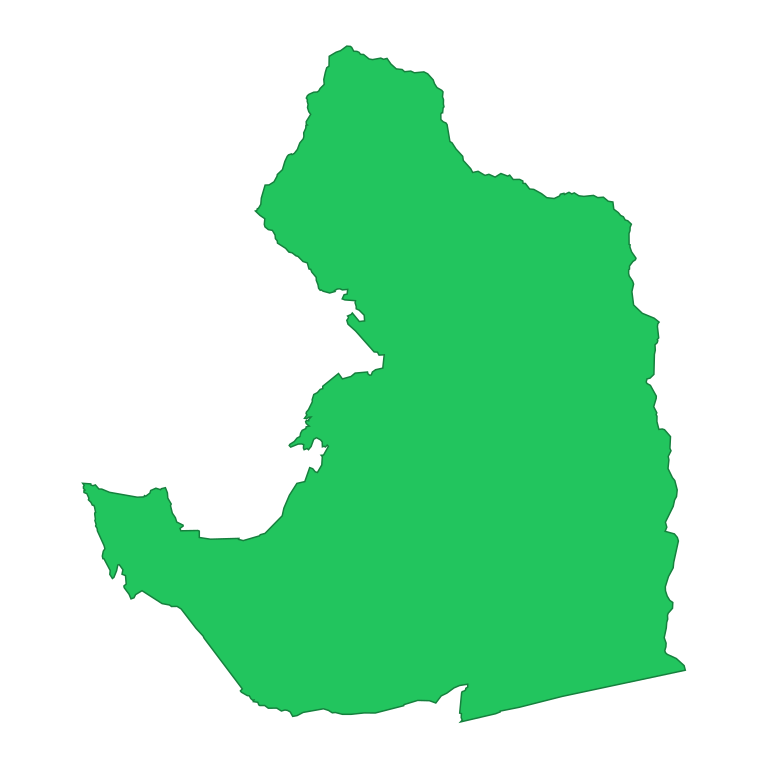 outline of Scortoasa, Buzau, Romania
{"feature_id": "2599482B46829986132598", "entity_name": "Scortoasa", "entity_type": "district", "adm_level": 2, "iso_a3": "ROU", "parent_name": "Romania", "parent_adm1": "Buzau", "projection": "orthographic", "projection_center": [26.658, 45.394], "detail": "fine", "context": "isolated", "style": "filled", "palette": "green", "viewbox_px": 768, "rotation_deg": 0, "n_neighbors": 0, "source": "geoboundaries", "source_scale": "gbopen_adm2", "svg_char_len": 6060}
<svg xmlns="http://www.w3.org/2000/svg" viewBox="0 0 768 768"><path d="M684.1,665.6L676.3,658.5L667.3,654.4L665.4,652.6L664.8,650.5L665.9,646.9L666.1,643.1L664.2,637.7L666.3,627.9L666.7,622.4L667.7,619.2L667.5,615.3L668.2,613.2L672.5,608.3L672.8,602.5L669.8,600.4L667.2,596.1L665.5,590.9L665.3,586.8L668.5,576.5L673.2,567.8L673.7,562.4L678.4,541.0L677.3,537.4L674.4,533.9L665.1,531.3L666.8,527.2L665.4,522.2L673.2,506.4L674.6,500.0L676.5,496.6L677.2,489.9L674.8,480.6L672.4,477.6L668.0,468.5L668.9,459.9L668.2,456.5L671.0,450.8L669.9,448.3L670.5,436.6L664.5,429.7L662.3,429.0L658.9,429.4L656.9,421.5L657.0,416.2L656.1,414.6L656.8,412.8L653.7,406.7L656.2,398.4L656.3,396.1L650.4,385.4L647.0,383.5L646.2,382.0L647.0,378.9L650.1,378.1L653.9,374.4L654.4,354.4L655.3,350.2L655.0,344.8L657.2,342.7L657.8,340.7L657.2,339.6L658.7,337.9L657.4,326.5L657.8,323.8L659.1,322.1L654.2,318.2L642.3,313.3L633.6,305.0L631.9,291.6L633.6,284.1L632.6,281.1L629.2,276.0L628.6,273.3L628.7,269.8L629.5,269.1L629.5,266.0L632.9,261.5L635.4,259.8L636.0,258.2L631.6,251.9L629.9,247.0L630.1,244.8L629.1,244.4L629.0,233.5L630.0,230.6L630.1,227.3L631.4,224.2L627.7,220.7L625.2,220.0L623.4,216.8L620.6,215.4L618.3,212.6L613.8,209.2L612.9,202.0L608.2,201.2L603.4,197.2L597.7,197.6L593.5,195.4L583.9,196.4L578.9,195.8L574.3,192.9L571.7,193.9L569.0,192.3L564.4,194.5L564.0,193.3L560.4,194.2L559.5,196.0L554.2,198.5L546.8,197.7L541.6,193.7L533.8,189.4L529.6,189.0L525.4,183.5L523.0,183.3L522.8,181.0L519.6,179.4L513.2,179.5L509.7,175.1L507.7,176.1L500.9,173.5L495.1,177.1L488.9,174.3L485.0,175.4L478.1,171.3L472.7,172.5L470.7,168.7L463.3,160.5L462.7,156.3L456.0,149.0L452.1,142.9L449.9,141.5L447.1,124.7L446.0,123.0L443.2,121.8L440.9,119.6L440.8,114.1L441.7,112.7L442.6,112.8L443.1,108.0L444.0,106.8L443.4,104.1L443.5,99.6L442.5,96.9L443.0,91.9L441.7,90.3L437.0,87.6L434.5,83.7L433.2,79.9L427.7,73.8L423.9,71.9L414.4,72.8L410.8,71.1L404.6,71.7L402.1,69.5L396.3,68.9L390.8,63.9L387.0,58.4L383.6,59.3L380.8,58.1L372.6,59.6L369.1,59.0L363.6,54.5L360.5,54.3L359.0,52.3L357.0,51.4L353.7,51.2L351.7,47.4L350.4,46.4L346.8,46.1L340.5,50.7L336.1,52.2L329.2,56.3L329.0,66.1L326.7,67.8L325.4,72.1L323.8,79.4L324.2,84.4L320.1,88.5L318.8,90.9L317.3,92.0L313.7,92.2L309.0,94.3L307.4,95.7L306.3,98.1L307.4,99.6L307.2,101.3L308.1,104.4L307.5,107.6L308.8,111.7L310.7,114.3L306.2,121.6L306.3,124.3L307.3,125.0L305.9,125.5L305.8,128.1L303.7,132.8L303.9,136.3L303.3,138.7L299.8,143.0L297.4,149.4L294.3,153.4L292.0,154.6L291.4,153.9L288.5,154.9L287.2,156.4L284.9,161.3L282.4,169.7L277.3,174.5L277.0,176.3L274.0,181.8L269.1,184.9L265.1,185.1L261.3,198.1L260.8,204.3L258.3,208.6L257.4,208.6L256.8,210.5L255.4,211.0L260.0,215.4L264.8,218.7L264.3,224.4L265.0,226.9L268.3,229.6L272.4,230.4L275.1,235.1L275.4,238.7L277.2,240.7L277.5,243.1L285.6,248.3L288.9,252.1L292.1,252.8L295.9,255.8L298.0,256.4L303.0,261.5L307.3,262.9L309.0,269.0L310.7,269.3L311.8,272.1L316.2,277.4L316.3,280.4L318.0,284.7L318.6,288.3L320.2,290.3L321.2,289.9L323.1,291.2L329.7,293.0L335.0,291.5L334.4,290.7L337.3,289.0L340.0,288.8L342.3,289.9L347.7,289.4L347.1,294.1L344.1,294.7L342.2,298.9L344.9,299.9L355.5,300.7L355.1,302.8L356.2,306.3L356.2,308.8L359.2,310.2L364.2,315.2L364.6,320.9L359.3,321.5L352.3,313.0L351.1,314.5L347.6,316.0L348.4,316.9L348.3,318.2L346.8,320.3L348.0,324.2L355.5,330.9L374.1,351.9L377.5,352.2L379.0,355.1L384.2,354.8L382.8,368.1L375.6,369.7L372.4,372.0L371.3,374.9L369.7,375.3L367.9,373.8L367.5,372.0L355.1,373.1L351.0,376.5L342.4,378.9L338.5,373.5L322.7,386.3L322.8,388.6L320.2,389.4L317.4,392.6L313.8,394.5L312.2,399.6L312.3,401.8L308.5,409.6L306.4,412.1L306.1,413.7L307.0,414.9L304.5,418.3L306.8,418.6L308.5,417.2L311.0,417.0L308.8,419.4L308.7,420.8L306.5,420.4L305.6,421.7L306.3,423.6L309.3,426.1L306.2,426.8L305.8,428.6L302.2,430.3L300.6,433.2L300.0,436.5L297.0,438.1L294.3,441.5L289.9,444.3L289.2,445.5L290.7,447.1L298.1,444.1L301.5,443.9L303.7,444.6L303.4,448.0L304.1,449.7L307.1,448.5L308.5,449.7L311.1,446.5L313.7,439.3L316.5,437.7L320.6,439.9L322.2,441.9L322.4,446.8L324.0,446.3L325.4,447.0L327.2,445.1L328.4,446.4L323.5,455.1L321.2,455.3L322.3,456.6L321.8,464.9L317.4,472.5L315.2,471.8L312.7,468.7L309.7,467.6L304.8,481.6L296.9,483.4L289.4,495.2L283.9,508.1L282.2,515.8L265.0,533.4L260.3,534.7L259.3,535.9L243.2,540.6L238.6,539.4L238.9,538.4L210.6,539.2L199.3,537.5L199.3,531.1L197.9,530.5L180.8,530.8L180.0,528.4L183.1,526.1L183.1,525.2L176.7,522.0L175.4,517.7L172.3,513.1L170.5,505.7L171.2,504.0L167.8,498.1L167.4,492.8L165.4,487.7L161.3,488.7L160.6,489.7L155.9,488.2L150.7,490.5L149.9,493.1L145.7,496.2L144.5,495.6L143.9,496.9L137.3,497.2L109.5,492.3L101.8,489.1L98.9,489.0L95.4,484.9L92.9,485.7L91.0,485.1L90.8,483.9L82.7,483.3L84.2,485.4L83.4,486.7L83.5,488.5L85.0,490.1L83.9,490.8L84.0,492.5L86.9,493.7L88.9,498.2L88.4,499.8L91.0,502.4L92.3,505.1L93.8,505.4L94.5,506.9L95.6,512.5L94.8,512.9L94.7,514.0L95.4,519.1L94.9,520.5L96.1,524.4L95.6,526.0L97.1,528.4L97.4,530.9L104.1,545.7L104.9,548.8L103.3,551.1L102.3,556.1L102.9,558.7L104.0,558.8L110.2,570.5L109.8,574.4L112.4,578.5L113.9,577.4L116.6,570.7L117.8,565.0L119.2,564.6L122.9,569.7L122.0,574.2L125.5,575.6L126.2,584.0L123.9,586.0L124.2,587.7L129.1,594.3L131.0,598.9L134.0,597.8L135.6,594.6L142.0,590.7L162.1,603.6L169.5,605.0L171.5,606.5L177.1,606.4L181.1,608.9L196.0,628.3L203.1,636.0L204.1,638.2L242.3,688.9L240.4,690.9L241.4,692.2L247.3,695.6L249.3,695.8L250.8,698.6L252.8,700.3L253.9,700.0L253.3,701.6L257.8,702.3L258.8,704.9L259.7,705.5L264.7,705.5L268.3,708.2L276.7,708.1L281.4,711.0L284.9,710.0L287.4,710.4L290.2,711.9L292.7,716.4L297.1,715.6L303.2,712.4L323.5,708.8L328.5,710.4L332.3,712.8L335.4,712.5L342.4,714.3L351.2,714.3L364.3,712.9L375.3,713.0L403.7,705.7L404.0,704.6L417.7,700.4L429.5,700.7L435.8,703.0L441.2,695.9L446.9,693.1L454.0,687.9L459.6,685.5L467.7,684.2L467.7,687.2L465.8,688.3L465.7,689.7L464.5,690.8L462.1,691.7L461.6,693.0L459.7,713.1L461.4,713.6L461.2,717.6L462.2,720.1L460.6,721.9L495.7,713.7L500.2,711.9L500.2,711.1L519.2,707.3L562.2,696.4L685.3,670.2L684.1,665.6Z" fill="#22c55e" stroke="#15803d" stroke-width="1.5"/></svg>